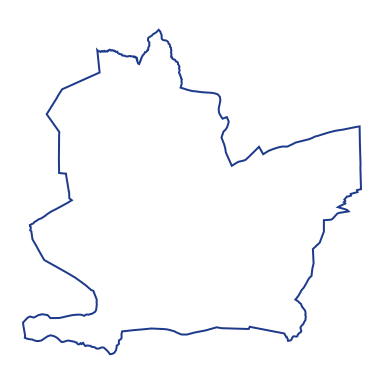 outline of Francisco I. Madero, Hidalgo, Mexico
{"feature_id": "50627088B57086733135825", "entity_name": "Francisco I. Madero", "entity_type": "district", "adm_level": 2, "iso_a3": "MEX", "parent_name": "Mexico", "parent_adm1": "Hidalgo", "projection": "orthographic", "projection_center": [-99.084, 20.241], "detail": "fine", "context": "isolated", "style": "outline", "palette": "blue", "viewbox_px": 384, "rotation_deg": 0, "n_neighbors": 0, "source": "geoboundaries", "source_scale": "gbopen_adm2", "svg_char_len": 5743}
<svg xmlns="http://www.w3.org/2000/svg" viewBox="0 0 384 384"><path d="M23.0,322.6L23.6,327.2L25.1,335.4L24.8,337.8L25.9,338.2L27.5,338.8L29.2,339.2L32.4,339.5L34.5,340.5L35.8,340.8L36.9,341.0L39.1,341.0L41.6,340.4L43.1,339.3L47.6,336.3L50.6,335.3L53.8,336.1L55.4,336.8L58.1,338.6L58.7,339.4L60.2,340.7L61.1,341.7L61.9,342.0L63.8,341.8L67.3,340.6L69.1,340.7L74.3,341.7L75.6,342.4L76.7,342.5L77.4,343.8L78.5,344.4L79.2,344.3L80.5,343.2L81.3,344.1L81.7,344.1L82.6,343.0L83.0,342.8L84.7,345.4L85.3,346.0L86.0,345.9L86.5,345.6L87.5,345.5L90.7,345.9L91.5,346.8L93.8,347.1L95.5,347.7L96.4,348.6L97.9,348.6L99.5,348.4L100.8,347.7L102.4,347.4L103.2,347.5L104.3,348.0L107.3,350.8L108.5,352.2L109.9,354.2L112.2,353.9L114.4,352.7L116.0,350.2L116.6,347.5L116.7,345.6L117.6,345.2L118.6,344.3L119.0,343.7L118.7,342.9L119.1,340.2L120.3,339.6L121.0,339.0L121.4,338.3L121.6,337.0L121.5,334.3L122.1,331.4L134.1,330.1L144.5,329.2L151.2,328.5L162.7,329.0L165.6,329.2L167.6,329.5L174.2,331.2L176.4,332.4L180.8,334.3L182.0,334.5L187.1,334.5L194.7,332.5L205.7,330.4L216.6,327.3L221.7,328.2L248.7,329.0L249.7,326.8L283.9,333.4L284.4,333.7L284.7,334.1L285.2,335.4L286.3,336.7L286.3,337.0L286.7,336.9L287.5,338.6L288.1,340.9L289.6,340.5L290.0,340.5L290.8,340.3L291.2,339.9L291.7,339.0L292.4,337.4L293.1,336.6L293.4,336.4L293.9,336.3L296.5,336.6L297.2,336.3L297.6,335.8L297.7,334.7L299.6,332.8L300.4,332.4L301.0,331.8L301.3,331.0L300.8,329.0L300.5,328.2L300.5,327.3L301.1,326.4L302.2,325.0L303.2,324.2L304.3,321.8L305.4,320.1L305.8,316.6L305.3,315.1L305.3,314.7L305.6,314.2L305.4,311.8L305.1,310.7L303.0,307.8L302.3,307.2L302.0,306.6L300.9,303.8L299.5,302.8L299.0,302.4L298.4,301.5L297.3,300.9L296.6,300.2L295.4,299.6L298.5,295.7L300.7,291.8L301.2,290.7L302.4,289.2L303.8,287.6L306.3,283.3L308.2,279.7L309.7,277.5L311.5,276.0L312.3,268.9L313.6,263.4L312.9,249.0L319.7,242.7L323.9,231.5L323.9,220.2L330.6,219.7L331.4,219.5L332.8,218.6L337.0,213.9L338.3,213.1L339.1,212.9L348.6,211.4L347.3,210.1L345.0,209.2L338.0,207.2L340.0,206.0L345.3,203.5L344.4,202.2L344.0,202.0L345.3,201.0L344.7,199.9L344.4,199.6L347.0,196.5L347.4,196.6L348.1,196.5L351.0,195.6L350.7,193.9L352.5,193.5L354.0,193.0L357.5,192.1L357.0,190.1L361.0,189.2L360.4,167.9L360.5,163.7L359.9,143.4L359.6,126.4L355.9,127.0L343.6,129.5L335.2,130.8L328.2,132.6L317.3,136.0L315.2,136.5L314.1,136.9L312.8,137.7L309.0,139.2L295.5,142.6L292.7,144.1L287.5,146.5L286.8,146.6L283.5,146.5L281.5,146.7L278.7,147.3L276.6,147.9L273.3,149.0L268.5,150.9L263.2,154.2L259.0,146.8L249.1,156.6L245.7,159.7L244.6,160.3L238.1,161.9L231.8,165.8L226.2,153.3L225.8,152.1L225.3,148.6L224.2,144.5L221.5,137.5L223.5,131.6L224.8,130.4L226.2,128.8L227.2,126.9L228.2,123.9L228.6,122.3L228.7,121.4L226.8,117.1L222.6,118.7L221.6,117.4L219.5,113.8L218.9,112.1L218.7,108.6L220.2,101.5L220.3,99.4L219.9,96.9L217.9,94.5L216.0,93.7L212.5,92.9L201.9,92.2L195.2,91.3L192.5,91.1L187.4,89.8L180.6,87.6L181.7,83.8L181.7,82.5L181.5,81.4L181.6,80.8L181.5,80.0L181.7,79.7L181.8,79.2L181.0,78.2L181.1,77.3L180.9,76.9L180.5,76.4L180.3,76.0L180.3,75.1L179.7,74.0L179.3,73.6L179.3,73.3L179.0,72.7L179.6,70.1L179.5,69.4L179.1,68.7L179.0,68.3L179.2,67.6L179.4,67.2L179.4,66.5L178.8,65.2L178.1,64.4L177.9,62.7L177.3,61.9L176.2,61.6L175.7,61.2L175.6,60.6L175.3,60.2L174.8,59.7L174.3,59.7L174.1,59.5L173.1,59.1L172.4,58.7L172.2,58.2L172.1,57.3L171.4,57.2L171.1,56.9L171.1,55.9L171.5,55.0L171.5,54.4L171.3,53.7L171.1,53.1L171.0,52.4L171.2,51.8L171.3,49.8L171.0,49.0L170.9,47.5L170.1,46.9L169.9,45.0L169.6,44.4L168.7,43.9L168.3,42.3L167.3,41.2L166.5,40.6L163.2,40.1L162.0,39.1L161.6,37.9L161.7,35.6L161.2,33.9L160.7,33.1L160.4,32.2L160.3,31.6L158.7,29.8L156.2,32.4L152.8,34.4L152.0,35.5L148.4,37.7L148.0,38.8L148.0,40.4L148.5,41.2L149.3,42.5L149.4,43.1L149.4,43.6L149.2,44.0L149.4,45.8L149.1,46.3L148.4,47.3L148.4,47.9L148.1,48.8L148.2,49.2L148.2,49.7L148.0,50.2L147.7,50.4L147.2,50.4L146.9,51.2L146.0,52.1L145.7,52.2L145.0,52.2L144.8,52.8L143.8,54.3L143.4,54.8L142.9,55.1L142.5,55.7L142.3,56.5L141.8,57.1L141.0,58.9L141.0,59.8L140.5,60.3L140.4,61.2L140.0,61.6L140.0,62.1L139.1,64.1L138.5,63.8L138.1,63.4L137.7,62.4L137.5,61.4L137.3,61.0L136.9,60.7L137.0,60.3L137.3,59.7L137.0,59.3L136.7,59.1L136.7,58.8L137.0,58.1L136.9,58.0L136.8,57.8L136.0,57.8L135.8,57.6L135.5,56.8L135.2,56.8L134.2,57.2L133.9,57.1L133.7,56.4L131.5,56.4L130.8,56.3L130.3,56.0L129.5,56.0L127.7,56.5L127.4,56.5L125.2,56.1L124.1,55.6L122.5,55.6L122.0,55.3L121.7,54.4L119.5,54.0L117.8,52.9L117.2,51.7L116.1,51.9L115.4,51.6L115.1,51.1L114.4,51.2L113.9,50.5L113.2,50.6L112.7,50.2L111.8,50.5L111.2,50.6L110.9,50.0L110.2,49.8L109.7,49.7L109.2,50.0L108.8,50.3L108.6,50.8L108.4,50.9L107.8,50.7L107.4,51.5L106.2,51.2L105.7,51.6L105.1,51.7L104.8,51.5L104.4,50.8L104.2,50.8L103.7,51.2L103.7,51.4L103.4,51.6L102.7,51.6L102.4,51.1L101.9,51.0L101.6,51.1L101.6,51.5L100.9,51.5L100.5,51.9L99.5,51.3L98.2,51.4L97.9,51.2L97.9,50.7L97.3,50.1L99.6,72.5L62.1,89.3L59.6,93.2L57.4,96.8L57.0,97.7L46.7,114.2L59.3,132.0L59.1,135.3L58.9,159.5L59.1,173.0L66.0,173.7L66.0,174.4L68.9,191.9L69.1,192.0L69.3,198.1L69.7,198.6L71.8,200.2L67.5,202.9L56.6,208.8L51.1,211.6L47.0,214.3L45.2,215.8L41.4,218.3L38.5,219.4L36.1,221.1L34.4,222.0L33.4,223.3L32.8,223.7L31.9,223.9L31.3,224.3L30.8,224.8L29.9,225.0L29.9,226.0L30.1,226.5L30.6,226.8L30.8,228.5L30.2,230.3L31.3,231.1L32.5,239.4L35.9,245.1L39.0,250.9L44.2,260.0L65.8,272.1L75.2,277.6L85.9,285.4L91.1,290.0L93.3,290.8L96.7,299.5L96.6,302.6L96.8,304.2L96.4,308.0L96.0,310.3L95.0,311.9L91.7,313.9L90.2,314.1L89.0,314.7L87.7,314.5L86.0,314.6L84.2,315.8L81.8,314.9L79.8,314.6L75.5,314.8L71.8,315.2L59.3,318.0L50.4,318.1L47.6,315.1L42.1,314.2L40.5,314.7L38.7,315.0L35.0,317.0L33.6,317.5L32.0,317.1L30.0,316.5L27.6,317.7L23.0,322.6Z" fill="none" stroke="#1e3a8a" stroke-width="2"/></svg>